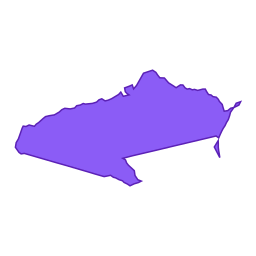 Barreiros, Pernambuco, Brazil
{"feature_id": "56859067B84066536969081", "entity_name": "Barreiros", "entity_type": "district", "adm_level": 2, "iso_a3": "BRA", "parent_name": "Brazil", "parent_adm1": "Pernambuco", "projection": "natural_earth1", "projection_center": [-35.237, -8.82], "detail": "fine", "context": "isolated", "style": "filled", "palette": "violet", "viewbox_px": 256, "rotation_deg": 0, "n_neighbors": 0, "source": "geoboundaries", "source_scale": "gbopen_adm2", "svg_char_len": 1631}
<svg xmlns="http://www.w3.org/2000/svg" viewBox="0 0 256 256"><path d="M16.2,142.6L15.4,147.3L19.0,152.4L21.1,153.9L24.3,153.4L57.0,162.9L62.4,164.4L89.8,172.4L94.7,173.9L104.1,176.6L107.3,176.0L110.6,175.3L113.4,177.3L115.5,177.8L119.1,179.7L122.5,180.8L124.0,182.4L127.5,184.1L130.0,185.8L134.2,183.8L138.3,182.6L141.3,181.1L137.8,179.7L135.0,175.5L134.3,170.7L128.4,165.2L126.6,162.9L125.5,159.9L122.8,158.3L132.8,155.7L155.9,150.3L174.2,145.9L216.1,136.0L218.7,137.9L220.4,134.0L221.8,131.0L223.2,128.4L225.0,125.7L226.5,122.5L228.3,119.6L229.6,115.7L230.5,112.3L231.9,110.3L233.9,107.5L230.7,108.2L227.8,110.6L224.2,111.2L223.0,107.3L222.2,104.4L219.4,101.4L218.3,99.3L216.3,97.2L212.9,96.6L211.1,95.0L208.5,94.5L206.5,91.4L205.3,89.1L202.8,89.1L197.7,90.4L194.5,89.4L192.3,89.8L189.6,88.6L187.2,89.1L185.1,87.9L182.9,85.0L180.4,84.9L176.1,87.7L173.1,85.7L168.5,82.8L164.4,78.0L159.8,77.8L157.6,75.0L155.9,72.4L152.6,70.2L143.5,73.2L136.6,85.4L133.6,88.9L132.2,84.9L129.5,86.1L126.8,87.1L124.6,87.9L125.3,91.7L127.0,93.5L129.0,94.9L123.3,96.3L120.8,92.1L118.6,94.5L111.6,98.7L108.1,100.2L105.1,100.9L101.8,98.8L99.0,99.8L96.6,102.1L92.4,103.4L85.3,104.1L83.2,103.5L80.4,105.0L76.7,105.7L74.6,108.0L70.2,108.9L64.8,108.3L61.8,109.7L59.3,112.0L54.3,114.9L49.3,115.7L45.5,116.6L42.8,118.8L38.6,122.6L36.3,124.1L34.4,126.3L29.1,125.0L26.0,126.5L23.2,126.1L22.1,128.3L20.2,133.8L18.4,138.9L16.2,142.6ZM219.8,157.6L219.2,153.6L218.7,150.7L218.3,147.2L218.3,143.8L218.2,140.6L214.3,147.0L219.8,157.6ZM233.9,107.5L236.9,106.1L238.9,105.1L240.6,101.7L236.2,103.2L233.9,107.5Z" fill="#8b5cf6" stroke="#5b21b6" stroke-width="1.5"/></svg>